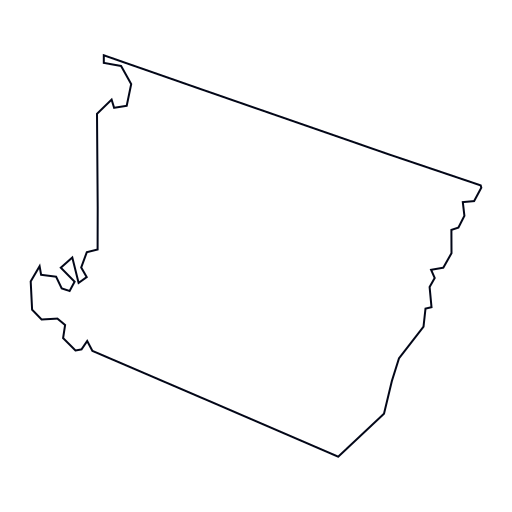 outline of Holmes, Mississippi, United States of America
{"feature_id": "52423323B40462865306568", "entity_name": "Holmes", "entity_type": "district", "adm_level": 2, "iso_a3": "USA", "parent_name": "United States of America", "parent_adm1": "Mississippi", "projection": "natural_earth1", "projection_center": [-90.149, 33.127], "detail": "fine", "context": "isolated", "style": "outline", "palette": "ink", "viewbox_px": 512, "rotation_deg": 0, "n_neighbors": 0, "source": "geoboundaries", "source_scale": "gbopen_adm2", "svg_char_len": 791}
<svg xmlns="http://www.w3.org/2000/svg" viewBox="0 0 512 512"><path d="M97.0,113.8L97.7,207.9L97.6,249.5L86.8,252.2L81.2,267.5L86.7,277.1L78.6,282.9L72.3,257.5L60.8,267.7L74.6,281.7L69.6,291.0L61.7,288.4L56.1,276.7L41.1,274.8L39.6,266.2L30.7,281.4L32.1,309.7L41.6,319.5L57.4,318.6L65.1,325.0L63.1,338.1L75.5,350.5L81.5,349.4L87.2,341.0L92.4,350.9L200.9,397.5L203.3,398.5L338.2,456.7L384.0,413.7L391.9,380.9L399.0,358.3L423.5,326.7L425.5,308.6L431.5,307.2L429.6,287.0L434.7,278.0L431.1,269.8L443.3,267.7L451.5,253.2L451.4,229.9L458.4,227.6L464.4,215.8L462.8,202.1L474.1,201.1L481.3,187.7L480.7,185.4L388.3,154.2L371.6,148.4L363.6,145.6L200.4,89.0L103.8,55.3L103.8,62.9L121.1,66.0L131.2,84.1L126.7,105.8L114.1,107.8L111.6,99.6L97.0,113.8Z" fill="none" stroke="#020617" stroke-width="2"/></svg>